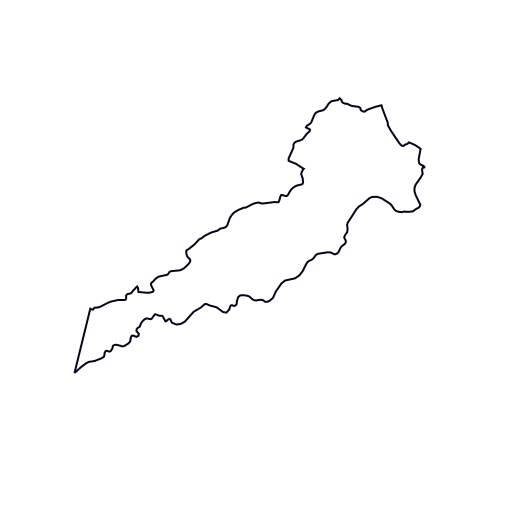 SVG path tracing the border of Putumayo, rotated 121°
{"feature_id": "COL-1407", "entity_name": "Putumayo", "entity_type": "Intendancy", "adm_level": 1, "iso_a3": "COL", "parent_name": "Colombia", "parent_adm1": "", "projection": "orthographic", "projection_center": [-75.67, 0.437], "detail": "fine", "context": "isolated", "style": "outline", "palette": "ink", "viewbox_px": 512, "rotation_deg": 121, "n_neighbors": 0, "source": "natural_earth", "source_scale": "10m", "svg_char_len": 4611}
<svg xmlns="http://www.w3.org/2000/svg" viewBox="0 0 512 512"><g transform="rotate(121 256 256)"><path d="M184.1,260.2L181.3,260.1L178.8,259.5L176.5,258.5L174.3,257.0L171.1,253.7L170.0,253.2L168.7,253.5L166.6,255.1L166.0,255.5L165.4,256.0L162.5,259.5L161.4,259.8L160.2,260.1L157.7,260.2L156.6,260.0L156.7,260.8L156.4,269.3L157.6,277.0L155.6,278.3L144.2,279.6L141.2,281.2L139.5,281.4L137.4,280.6L134.3,277.8L132.5,276.5L130.8,276.0L125.2,275.4L121.3,274.3L119.8,274.8L120.1,279.4L118.4,279.5L114.3,277.6L112.8,277.5L104.9,278.7L103.1,278.6L101.5,278.0L99.5,276.6L97.0,274.0L95.8,273.2L93.9,272.6L92.5,272.3L87.9,272.2L84.5,271.1L80.1,266.1L77.7,265.5L77.9,264.8L78.3,263.0L78.6,262.7L79.3,262.2L79.7,261.3L79.9,260.6L79.6,258.3L78.5,256.0L78.3,252.5L77.9,250.8L75.5,245.4L75.3,244.2L75.4,243.0L75.8,242.3L76.3,242.0L76.7,241.7L77.0,241.0L77.1,239.0L76.7,237.9L76.1,237.1L74.2,236.4L72.1,235.0L66.8,230.6L62.2,226.1L64.6,223.5L71.6,214.6L73.8,211.8L76.0,210.3L79.3,204.6L84.8,192.7L85.3,191.7L86.3,188.7L86.3,187.7L86.0,186.6L85.5,186.2L84.0,185.7L81.7,183.9L80.9,183.6L80.5,183.7L80.0,183.6L79.7,182.9L79.0,176.5L79.2,171.6L79.5,170.0L81.3,169.4L89.5,166.3L90.7,165.4L92.3,164.0L92.7,162.9L92.8,161.6L92.5,159.2L92.8,157.8L93.1,157.4L93.5,157.4L93.8,157.7L94.2,158.6L96.3,158.3L99.8,155.4L103.6,155.3L112.7,155.9L115.8,155.3L118.9,153.5L121.5,150.6L127.5,141.5L129.3,141.1L131.2,141.7L133.1,142.9L136.9,144.5L138.9,147.0L141.0,150.4L141.3,151.6L143.3,153.5L144.7,156.7L145.1,158.3L145.2,159.8L144.7,161.8L142.8,165.7L142.2,167.7L141.8,177.8L142.9,182.7L145.6,186.9L147.9,188.5L156.1,191.1L160.7,193.3L164.2,194.0L180.4,194.5L182.2,194.0L183.3,193.3L184.3,192.4L185.7,191.4L187.4,190.6L188.9,190.2L192.6,190.4L194.6,190.0L195.5,188.9L196.2,187.5L197.3,186.4L197.5,186.3L199.1,186.0L200.7,186.4L203.8,187.7L205.9,187.7L210.2,187.3L212.2,187.8L213.9,189.1L214.3,190.5L214.3,192.1L214.6,194.0L216.0,196.6L222.2,204.0L224.2,205.2L228.8,205.6L231.1,206.7L233.2,208.2L235.2,208.8L237.3,208.8L245.2,208.2L250.4,208.9L255.0,211.0L262.1,218.5L266.6,220.1L276.4,220.7L282.8,219.9L285.1,220.4L287.9,221.6L289.1,222.5L290.1,223.6L290.5,224.8L290.3,227.0L290.4,228.1L291.5,230.0L294.1,233.1L294.9,235.0L294.9,237.0L294.2,240.8L294.5,242.8L296.1,246.7L297.9,249.2L300.4,250.1L304.3,249.2L307.1,247.9L308.3,247.9L309.9,248.7L310.2,249.3L310.5,251.2L311.0,251.9L312.1,252.2L313.2,252.0L315.4,251.4L319.8,252.2L321.0,255.4L320.3,263.1L320.6,264.7L322.2,270.0L322.7,273.9L323.6,275.1L328.5,276.7L335.9,280.7L348.9,283.2L352.9,285.4L355.7,288.9L356.5,293.6L355.7,295.0L354.6,296.4L354.3,297.6L355.9,298.7L358.1,299.4L358.6,300.0L358.0,300.9L356.4,303.9L355.8,304.6L355.6,305.5L356.9,307.9L357.2,308.8L357.4,310.8L357.9,312.4L358.7,312.8L359.6,312.7L361.5,313.0L362.3,313.0L363.2,313.0L364.2,313.5L364.7,314.4L365.5,316.9L366.1,317.9L367.7,318.9L370.0,319.6L372.3,319.9L374.1,319.7L376.2,319.2L377.3,319.6L378.3,320.3L380.2,320.6L381.9,319.8L383.0,316.4L384.8,315.7L386.7,316.6L387.2,318.3L387.4,320.1L388.3,321.4L390.1,321.4L394.2,319.8L396.6,320.3L400.7,322.4L401.8,323.3L402.5,324.5L402.7,325.3L402.8,326.2L403.9,329.6L404.4,330.6L405.3,331.6L406.6,332.4L407.5,332.2L408.3,331.7L409.5,331.5L410.6,331.6L411.3,331.5L412.0,331.5L413.1,332.0L413.6,332.8L414.1,335.1L414.8,335.9L416.9,335.9L418.8,335.0L420.8,334.5L422.9,335.5L429.1,340.2L432.8,344.7L435.3,346.3L440.9,348.6L449.6,351.3L449.8,351.3L386.5,370.9L386.4,369.7L386.2,368.5L385.6,368.0L384.0,368.0L383.4,367.7L382.4,366.1L380.9,364.4L379.5,363.2L372.6,359.0L369.6,356.7L364.8,351.6L361.5,346.1L360.4,345.2L359.2,345.5L358.2,346.0L357.5,346.6L356.9,346.9L355.3,346.8L354.6,346.4L354.3,345.8L353.7,345.2L352.9,344.6L352.4,344.1L351.7,343.8L348.8,343.5L346.6,342.9L345.4,342.8L343.4,342.1L344.3,340.6L347.4,338.2L343.5,330.2L341.9,327.9L339.5,325.8L338.1,326.1L335.2,330.7L333.9,331.7L332.8,331.8L330.9,331.1L327.0,330.3L324.5,329.2L323.0,328.0L318.3,322.9L317.6,322.3L316.5,322.0L314.5,322.0L313.5,321.6L312.2,320.3L307.7,314.1L305.5,312.4L303.1,311.2L297.9,309.8L295.6,309.5L293.8,309.9L292.7,311.1L292.3,313.3L291.7,314.8L290.3,316.5L288.5,317.9L286.8,318.5L284.6,317.2L277.4,314.6L270.9,313.3L268.7,311.7L265.9,310.8L259.2,306.7L253.8,301.8L251.8,301.2L250.6,300.4L249.2,298.8L247.3,297.1L245.1,296.4L242.9,296.7L237.9,297.8L235.3,298.0L232.7,297.8L230.5,297.3L228.6,296.5L225.4,294.7L220.8,291.3L219.8,289.7L212.8,285.4L210.0,282.8L208.7,280.9L208.2,278.7L207.6,277.3L199.9,267.5L199.4,266.2L198.3,264.4L195.7,264.8L192.8,265.7L190.7,265.8L190.2,264.9L189.5,261.9L188.8,260.6L187.9,260.2L186.6,260.1L184.1,260.2Z" fill="none" stroke="#020617" stroke-width="2"/></g></svg>